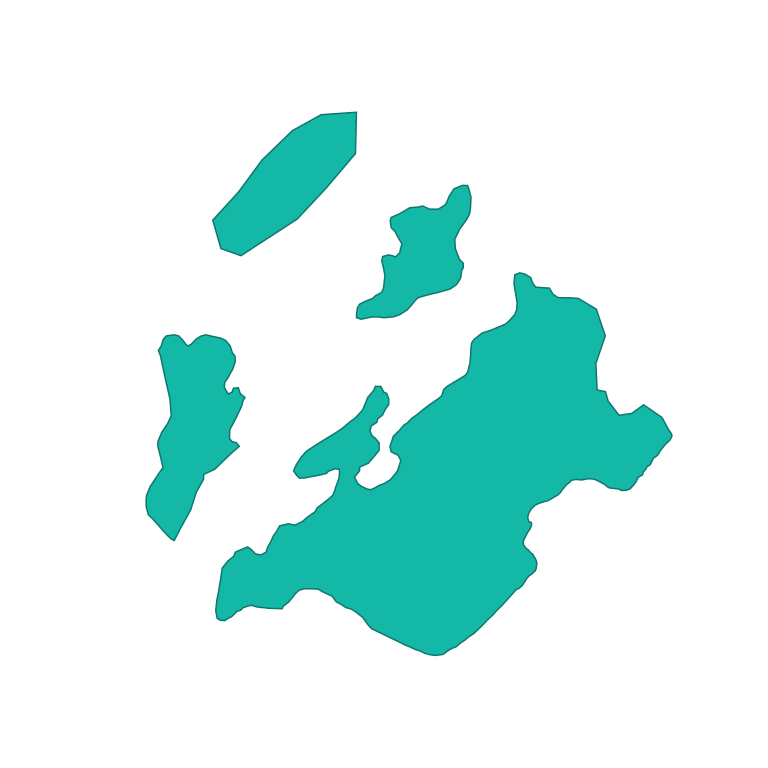 Haninge, Stockholm, Sweden, rotated 164°
{"feature_id": "70781695B75191882374760", "entity_name": "Haninge", "entity_type": "district", "adm_level": 2, "iso_a3": "SWE", "parent_name": "Sweden", "parent_adm1": "Stockholm", "projection": "mercator", "projection_center": [18.21, 59.063], "detail": "fine", "context": "isolated", "style": "filled", "palette": "teal", "viewbox_px": 768, "rotation_deg": 164, "n_neighbors": 0, "source": "geoboundaries", "source_scale": "gbopen_adm2", "svg_char_len": 5490}
<svg xmlns="http://www.w3.org/2000/svg" viewBox="0 0 768 768"><g transform="rotate(164 384 384)"><path d="M198.6,430.6L211.4,435.2L213.2,439.6L213.7,445.9L218.2,450.8L222.9,453.4L228.1,452.9L231.2,445.3L232.2,438.6L232.8,431.8L233.6,425.5L235.9,419.0L239.0,414.8L245.5,410.7L250.5,408.1L257.5,407.3L267.2,406.2L275.5,406.0L284.9,402.1L288.1,399.7L289.9,396.1L293.0,387.2L295.6,380.4L300.0,372.8L303.2,370.0L307.9,368.7L320.4,365.3L324.3,364.2L328.2,362.2L331.6,356.9L335.3,355.1L345.4,351.7L352.2,349.1L361.3,345.2L366.0,343.6L368.9,342.1L372.5,340.0L375.9,339.2L381.7,335.3L389.5,331.1L392.9,325.9L395.5,322.3L395.8,316.8L390.0,311.6L389.0,305.8L391.8,301.4L395.0,296.7L399.7,293.3L404.4,290.2L410.6,288.4L417.1,287.8L420.5,286.8L425.7,286.0L429.1,287.6L434.1,292.0L436.7,295.7L438.0,302.7L431.5,307.1L430.2,311.0L421.0,312.1L413.5,317.0L407.0,321.5L404.9,328.5L407.2,334.0L409.8,337.6L410.4,342.9L407.7,347.3L401.5,349.1L399.7,352.2L393.9,354.6L389.8,359.3L385.1,362.9L383.5,368.4L384.0,374.2L386.4,376.2L387.7,382.5L392.9,384.1L396.0,380.4L403.1,375.7L408.3,369.2L411.9,364.8L420.5,359.5L427.3,356.9L436.4,352.8L444.5,350.2L455.2,347.3L465.2,344.5L477.0,340.8L483.5,336.7L490.9,330.2L494.9,325.3L493.3,320.8L491.3,316.8L485.6,315.5L471.7,314.3L464.0,313.9L461.5,315.5L454.2,316.0L450.5,314.3L450.9,311.9L453.0,306.2L458.7,298.4L460.7,295.2L464.0,291.1L470.1,288.2L475.0,286.2L482.3,283.4L485.6,280.1L494.1,277.2L500.2,274.4L508.4,272.8L514.5,276.0L523.5,276.4L527.9,271.9L532.0,268.7L536.5,263.4L541.0,258.9L543.8,254.8L549.5,253.6L554.4,256.1L557.7,262.2L560.1,265.0L573.2,263.4L576.0,259.7L582.9,256.9L590.3,251.6L595.2,240.6L600.5,229.6L604.5,221.8L608.2,212.5L609.0,204.7L606.4,202.0L602.3,200.4L598.7,201.7L595.0,202.2L591.5,204.0L588.2,205.9L584.1,206.1L581.2,207.8L575.0,208.1L571.7,207.5L568.3,205.1L564.4,203.3L560.2,201.8L557.5,200.5L544.3,196.2L543.7,196.1L542.2,198.2L538.9,199.4L535.4,200.9L532.8,202.7L529.8,204.7L527.0,206.9L522.5,209.1L517.8,209.2L513.5,208.2L508.0,206.4L503.8,204.9L499.8,200.7L495.5,197.1L492.1,193.9L490.0,187.9L485.1,183.0L482.1,179.4L477.9,177.0L474.3,173.2L468.9,165.7L465.6,156.7L463.4,152.2L458.6,148.0L453.6,143.5L450.6,140.8L445.6,136.3L440.7,132.0L435.7,127.3L431.5,124.1L427.2,120.3L422.2,116.9L419.0,113.8L414.0,110.9L409.3,108.9L401.7,107.8L395.8,110.1L391.5,111.1L387.0,111.6L382.0,113.9L376.6,115.6L373.1,117.3L366.5,119.4L362.1,121.6L360.1,122.7L354.9,125.5L349.9,128.5L342.8,132.1L337.6,135.5L331.7,138.6L324.9,142.8L313.7,149.8L310.2,150.5L307.0,152.0L302.7,155.5L301.0,157.2L297.7,159.5L293.9,160.8L290.2,162.7L288.5,164.8L286.3,170.0L286.5,173.7L287.9,179.2L289.5,181.4L290.8,184.4L292.5,186.6L294.2,190.6L294.0,193.6L292.2,196.1L286.5,202.1L283.5,204.4L281.1,207.5L280.5,210.2L282.7,211.7L282.8,215.9L280.4,220.0L277.0,223.2L272.0,225.9L266.5,226.7L258.3,226.7L252.8,228.1L247.3,229.5L244.5,230.9L242.7,232.5L239.5,234.8L236.3,236.9L232.8,238.3L229.9,239.8L225.6,239.3L220.5,237.3L213.5,236.6L208.2,234.6L206.1,232.9L203.7,230.7L199.2,226.2L197.8,223.9L196.0,222.0L191.7,220.2L188.0,218.9L185.0,216.2L180.3,215.0L178.8,215.2L176.2,215.4L172.5,217.7L170.7,219.0L168.2,221.0L166.6,222.8L165.6,224.1L162.4,225.0L160.7,225.3L158.9,228.0L156.0,229.8L153.7,232.2L151.0,232.7L148.9,234.5L146.8,237.1L145.1,238.7L142.1,239.5L139.2,241.3L136.8,243.7L135.4,244.8L132.3,246.9L130.6,248.1L127.0,250.0L124.3,251.5L121.6,254.5L121.4,256.6L122.0,258.8L123.0,261.4L126.0,275.2L140.2,292.4L153.8,287.5L154.4,287.5L166.7,289.2L173.3,306.0L173.2,315.6L180.8,319.5L174.7,345.3L158.0,369.3L159.3,397.4L173.6,412.7L181.3,415.5L192.8,419.0L196.8,423.7L198.6,430.5L198.6,430.6ZM597.3,412.0L602.8,405.7L610.9,398.9L617.1,391.1L618.5,386.7L619.0,373.4L619.5,364.5L624.5,360.6L637.0,349.9L643.0,342.3L644.8,337.6L646.4,331.4L646.6,323.3L644.0,318.9L641.1,313.1L637.5,305.3L633.8,298.0L631.2,293.6L628.8,291.4L619.2,301.6L604.6,316.2L594.4,331.5L583.6,342.3L582.3,346.8L570.2,348.7L551.1,358.9L540.3,364.0L542.3,368.4L546.0,370.5L547.5,374.2L544.9,382.5L535.0,392.7L526.9,402.1L524.1,406.7L521.4,409.4L523.3,412.0L524.8,414.6L525.1,420.6L529.8,421.4L532.1,418.2L536.3,417.2L537.6,421.4L538.4,425.0L536.6,429.4L531.6,433.6L528.7,436.7L525.4,439.9L520.7,446.6L519.6,451.9L521.2,455.8L521.4,463.3L524.3,469.6L528.5,473.2L536.0,477.2L542.0,480.5L546.7,480.5L552.0,479.0L558.5,475.3L562.1,474.6L563.4,476.6L565.5,481.9L568.1,486.8L572.3,489.2L580.1,490.2L584.0,487.6L587.9,481.6L591.6,478.5L591.1,472.7L592.6,451.3L593.9,428.4L597.3,412.0ZM402.2,652.8L439.2,633.1L471.3,608.4L503.4,588.7L503.4,559.1L486.1,546.8L421.9,566.5L384.9,588.7L347.9,613.4L335.6,652.8L370.1,660.2L402.2,652.8ZM392.1,455.3L388.2,452.6L377.8,451.9L371.5,450.3L365.8,447.7L355.9,445.9L349.3,446.4L341.0,449.0L335.8,452.3L330.8,455.8L327.4,457.6L316.2,457.6L306.3,457.1L294.3,457.1L287.3,459.4L283.6,462.3L280.8,465.2L278.1,471.7L275.8,473.8L274.5,478.2L277.1,482.9L278.1,494.4L276.1,503.5L268.8,511.8L258.8,519.7L254.7,524.1L252.3,529.6L248.9,539.5L248.7,548.9L248.9,551.7L253.9,553.3L263.0,552.3L269.8,546.3L273.2,541.8L276.1,539.2L283.6,537.1L292.0,539.5L297.7,544.4L302.4,544.7L310.7,546.3L322.2,543.4L331.3,542.1L333.2,538.7L333.9,532.2L331.1,527.0L330.8,524.4L329.5,518.9L328.2,513.9L329.3,511.8L331.1,509.0L332.6,505.8L337.9,503.0L341.0,505.3L344.4,506.9L350.1,506.9L352.2,503.0L352.5,495.7L353.2,487.8L355.1,483.4L358.2,475.9L361.1,472.7L367.8,471.2L371.5,469.3L378.0,468.8L385.3,467.5L388.5,464.6L391.1,458.9L392.1,455.3Z" fill="#14b8a6" stroke="#0f766e" stroke-width="1.5"/></g></svg>